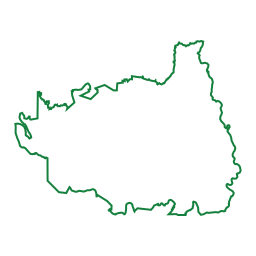 the district of Rosamorada, Nayarit, Mexico
{"feature_id": "50627088B89463158641858", "entity_name": "Rosamorada", "entity_type": "district", "adm_level": 2, "iso_a3": "MEX", "parent_name": "Mexico", "parent_adm1": "Nayarit", "projection": "natural_earth1", "projection_center": [-105.198, 22.15], "detail": "fine", "context": "isolated", "style": "outline", "palette": "green", "viewbox_px": 256, "rotation_deg": 0, "n_neighbors": 0, "source": "geoboundaries", "source_scale": "gbopen_adm2", "svg_char_len": 5757}
<svg xmlns="http://www.w3.org/2000/svg" viewBox="0 0 256 256"><path d="M127.7,81.5L126.7,79.3L124.4,79.5L124.7,81.2L122.5,80.8L122.8,82.6L117.3,83.4L116.8,90.4L113.6,90.4L104.7,85.0L95.3,88.3L95.8,89.0L96.7,89.1L96.9,89.8L97.7,90.2L97.5,91.4L97.7,92.4L90.7,99.1L80.7,95.7L89.1,91.5L88.5,89.6L90.2,89.4L90.1,86.2L88.7,83.9L87.9,83.4L85.7,84.4L81.4,89.4L78.6,89.9L76.9,89.9L76.2,89.6L72.9,90.0L73.1,91.3L72.8,91.6L71.8,91.3L72.2,95.4L74.4,102.5L67.1,109.0L67.7,107.0L66.8,106.4L65.9,104.2L65.3,103.9L64.6,104.0L64.8,104.5L64.5,105.1L62.8,105.2L62.2,105.6L60.9,105.3L59.9,106.3L59.1,106.0L58.0,106.2L57.1,105.4L57.0,104.7L56.2,105.2L55.3,104.6L54.6,105.0L54.1,106.4L53.4,107.3L52.4,107.4L51.2,108.6L51.1,109.0L50.6,109.0L50.3,108.7L49.5,109.1L49.7,107.6L48.1,107.7L47.8,104.7L48.9,103.4L48.8,101.2L48.4,101.2L48.1,101.9L47.6,101.9L47.5,101.5L46.8,101.3L45.9,104.0L45.4,103.9L45.0,101.9L44.1,101.3L43.7,99.9L43.3,99.6L42.0,99.5L41.8,98.8L41.4,98.7L39.5,95.6L39.7,95.1L41.1,94.8L41.1,93.1L40.1,93.0L39.8,93.4L39.5,93.2L39.3,91.9L37.8,92.1L37.5,118.4L30.9,119.6L30.2,119.4L29.6,118.4L29.7,116.6L29.0,116.5L28.0,117.9L26.8,118.9L24.3,118.3L24.2,115.8L22.4,113.6L22.2,112.9L20.2,113.6L19.5,117.1L20.0,119.2L21.8,121.8L24.1,124.0L24.9,124.3L26.1,126.1L28.5,131.7L30.2,134.2L31.0,136.3L31.2,137.5L29.4,138.5L28.3,137.0L27.0,136.0L26.5,135.9L25.7,135.0L25.8,131.9L25.5,131.4L25.4,129.2L25.0,128.7L24.4,127.0L22.5,125.3L20.3,124.1L17.7,123.6L15.4,123.9L15.7,126.6L15.6,133.0L17.3,138.2L18.8,141.5L20.1,146.0L21.7,147.3L22.9,147.6L23.6,147.3L25.3,148.2L30.3,153.8L32.4,154.2L33.2,153.9L34.5,154.1L35.1,153.8L35.2,153.1L36.1,153.0L38.6,155.1L40.7,155.5L41.8,156.6L43.8,157.1L44.6,158.0L45.1,158.2L45.3,157.7L45.8,157.9L46.3,157.6L47.5,158.2L47.6,180.8L58.9,192.2L66.3,193.0L69.5,187.1L70.0,187.5L71.7,190.5L75.7,191.8L77.9,191.4L78.3,191.0L79.1,190.8L83.9,191.6L87.3,190.3L89.9,190.2L92.6,189.2L93.8,189.4L95.0,190.2L95.7,191.3L96.4,193.9L96.5,196.3L96.7,197.1L97.2,194.8L107.1,201.0L111.6,205.6L111.4,209.7L110.9,209.8L109.9,209.1L109.0,209.9L109.6,210.3L109.3,210.7L110.1,211.0L112.6,213.5L114.6,214.4L115.7,214.4L115.9,213.9L118.5,213.1L121.7,212.6L123.4,213.4L124.2,214.3L124.9,214.0L125.5,212.9L126.1,209.5L126.1,205.8L126.4,204.6L127.3,203.6L129.5,202.8L130.9,203.2L132.2,204.4L132.8,206.9L133.8,209.3L133.9,210.5L134.5,211.5L134.9,210.8L137.5,208.3L151.0,209.8L153.2,207.3L153.9,205.7L158.0,203.9L158.2,204.4L157.8,204.7L158.1,205.2L159.3,205.4L160.1,205.1L160.7,203.8L161.5,203.3L162.3,203.5L162.7,204.3L163.8,205.0L164.0,205.4L164.8,205.5L165.6,203.9L167.3,203.6L168.0,203.1L168.8,200.7L169.4,200.1L170.2,199.9L171.4,200.1L173.3,201.7L174.1,202.4L175.0,204.0L173.7,206.1L174.3,206.9L173.9,207.7L172.8,207.7L172.9,209.0L172.5,209.1L172.4,209.8L171.9,209.7L172.0,210.6L171.5,211.4L168.7,214.3L176.5,214.1L177.9,215.0L185.6,215.0L185.8,214.5L185.4,213.4L186.1,213.1L186.6,211.7L189.6,210.1L190.2,210.2L192.8,207.9L192.8,206.2L193.2,205.6L193.3,205.0L193.1,202.1L193.6,201.6L195.6,202.3L196.3,203.3L198.1,207.6L198.4,211.9L200.9,214.8L203.7,214.2L206.6,212.6L207.3,212.6L208.2,212.9L215.7,212.1L218.3,212.5L220.6,211.2L222.4,211.0L224.1,211.4L225.2,210.9L225.3,209.9L226.6,207.6L227.2,207.5L228.4,206.6L228.9,205.9L229.0,204.5L228.7,204.0L229.1,203.2L229.0,202.0L230.7,197.6L230.8,197.0L231.4,196.2L232.0,196.3L232.8,195.5L233.7,193.6L233.5,192.5L232.6,191.2L229.6,189.4L227.5,187.6L226.6,186.2L226.6,184.8L227.1,184.1L227.8,184.0L229.4,184.9L230.8,185.0L232.1,183.9L232.4,182.9L231.7,181.1L231.6,179.7L231.9,178.8L232.5,178.3L234.6,178.7L236.1,178.5L237.0,177.6L237.4,176.6L236.8,174.1L237.5,173.3L238.3,173.4L239.8,172.5L240.4,171.2L240.6,170.1L239.9,166.9L239.1,165.6L238.3,164.8L236.7,164.0L235.2,164.1L234.3,163.2L233.9,162.2L233.8,161.2L234.3,160.2L234.7,158.5L233.7,157.2L232.9,156.6L232.6,154.4L233.8,151.6L234.5,151.0L235.3,148.3L234.7,146.2L233.9,145.5L231.6,140.6L231.2,137.8L230.3,135.2L227.5,131.5L227.7,130.2L228.4,129.5L229.1,127.6L229.6,127.0L229.3,125.5L228.7,125.2L227.4,125.6L226.8,128.1L226.7,128.4L225.9,128.2L224.7,127.0L224.7,125.4L224.2,124.3L222.2,122.1L221.4,121.5L220.1,118.8L220.5,116.9L220.4,116.5L221.5,114.3L222.0,112.7L220.6,108.8L220.8,107.6L221.7,106.2L221.8,104.5L220.6,102.6L218.9,101.3L217.4,100.9L216.2,101.6L215.0,100.3L212.9,99.8L212.5,99.0L212.9,97.7L210.9,95.0L210.9,93.8L211.7,91.7L211.7,88.9L212.2,86.0L212.1,84.8L212.6,83.5L212.8,81.5L212.3,80.6L212.3,79.9L211.7,78.6L209.5,76.9L208.3,73.7L208.5,71.9L207.5,70.8L207.2,71.3L207.0,70.9L206.8,70.0L208.1,67.3L208.5,65.0L207.3,63.5L205.7,63.0L204.7,62.7L203.6,63.1L201.7,63.3L201.0,63.0L199.2,58.2L199.2,56.5L199.7,55.3L197.7,53.3L198.2,52.5L199.0,52.4L199.5,51.9L200.3,50.3L200.8,48.0L201.9,46.8L202.5,45.5L203.0,43.6L202.8,42.7L203.2,41.6L201.3,41.0L199.6,41.6L197.7,41.2L196.4,41.6L196.1,42.6L195.3,42.6L193.8,43.7L192.5,43.4L191.5,43.7L190.3,43.1L189.8,44.4L188.3,45.5L187.3,45.2L185.9,46.3L184.7,45.1L183.8,45.2L182.8,44.8L181.7,43.6L180.0,43.6L179.1,42.5L178.4,43.5L177.9,44.9L177.0,45.3L176.2,45.3L175.2,45.9L175.0,47.0L175.6,47.2L175.7,47.4L174.9,48.4L174.8,50.0L174.3,50.6L175.1,51.4L175.4,52.8L174.1,54.3L174.5,55.0L174.2,55.6L174.6,56.4L174.5,58.5L174.9,60.8L173.9,61.3L174.2,61.6L174.3,62.5L173.9,62.7L174.5,63.3L174.6,65.3L174.2,66.1L173.6,69.7L173.6,72.3L172.5,73.4L172.2,73.4L171.0,74.9L170.5,76.2L169.7,76.7L169.1,77.8L168.2,78.0L167.6,79.3L166.5,79.4L166.5,80.0L165.6,81.0L164.3,83.2L163.9,83.4L163.3,83.1L162.8,83.7L161.6,84.4L160.5,84.1L159.3,83.1L157.6,84.4L157.3,84.2L157.0,82.6L155.5,81.4L155.4,80.5L154.6,81.3L150.6,80.5L149.1,79.8L148.9,79.3L147.9,80.0L143.5,78.6L142.9,77.6L143.0,76.9L142.9,76.8L142.7,77.6L142.9,78.0L142.5,78.0L140.9,77.1L139.7,77.3L131.9,76.2L132.0,79.3L129.8,79.2L127.7,81.5Z" fill="none" stroke="#15803d" stroke-width="2"/></svg>